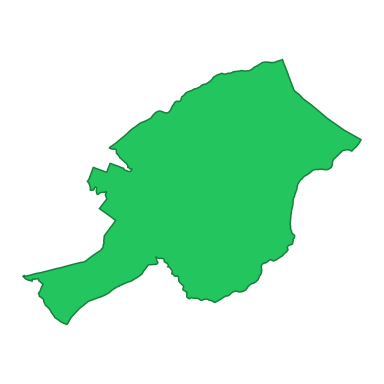 outline of Curtea, Timis, Romania
{"feature_id": "2599482B40469998650222", "entity_name": "Curtea", "entity_type": "district", "adm_level": 2, "iso_a3": "ROU", "parent_name": "Romania", "parent_adm1": "Timis", "projection": "albers", "projection_center": [22.328, 45.846], "detail": "fine", "context": "isolated", "style": "filled", "palette": "green", "viewbox_px": 384, "rotation_deg": 0, "n_neighbors": 0, "source": "geoboundaries", "source_scale": "gbopen_adm2", "svg_char_len": 5958}
<svg xmlns="http://www.w3.org/2000/svg" viewBox="0 0 384 384"><path d="M260.4,275.2L261.3,273.1L261.7,270.1L261.5,268.1L261.2,267.3L261.4,265.9L262.0,264.5L262.5,264.0L264.1,263.1L265.2,263.0L265.2,262.8L266.6,262.4L270.3,259.6L271.1,259.8L273.1,260.9L274.0,260.9L274.6,260.3L276.0,260.1L279.1,257.8L282.3,255.9L284.4,253.6L286.5,251.9L287.7,250.4L288.0,249.6L287.5,248.3L287.4,247.5L287.7,246.5L288.1,245.9L289.4,245.0L291.5,244.6L292.2,244.1L292.7,243.2L293.2,240.7L293.1,240.3L292.8,239.8L293.0,239.4L294.3,238.0L294.7,235.6L294.3,235.0L293.0,234.1L291.6,232.4L291.5,231.0L290.4,228.4L290.7,227.3L290.2,223.5L290.3,222.2L290.6,221.1L290.4,220.8L290.3,220.0L290.6,219.2L290.4,218.6L290.7,218.1L290.9,216.6L290.9,214.6L291.4,213.2L291.3,211.3L291.6,210.8L291.7,209.9L292.4,207.1L292.7,205.6L293.1,202.3L293.1,200.3L293.5,198.2L294.6,196.2L294.7,195.6L294.8,194.2L295.4,193.2L295.9,192.1L296.1,191.0L296.6,190.0L296.9,188.6L297.1,187.1L297.8,184.1L298.3,183.5L299.8,180.9L300.7,179.9L302.2,178.7L303.1,177.4L304.6,176.1L306.0,175.4L309.6,173.1L312.1,170.8L313.0,170.2L314.0,169.8L315.9,169.5L318.5,169.6L319.5,169.1L320.3,169.1L326.2,169.8L329.1,169.0L330.7,167.7L331.3,167.4L332.2,165.4L332.6,161.8L332.8,160.7L333.2,160.0L334.3,158.5L335.4,157.7L341.1,152.2L341.8,151.5L342.4,150.9L343.6,150.3L347.0,149.8L347.9,149.7L349.2,150.0L351.3,151.0L352.0,151.0L353.7,148.9L356.3,146.8L357.0,145.6L358.0,144.8L359.6,142.3L361.0,139.7L344.2,130.2L326.1,117.5L326.1,117.3L312.1,105.5L308.3,102.6L305.4,100.5L303.0,98.6L299.5,94.8L295.5,91.7L294.6,90.8L293.8,89.7L289.4,78.0L288.5,75.9L288.1,74.2L285.0,66.3L284.0,64.1L282.5,59.6L282.2,59.8L277.4,61.2L274.2,62.5L270.4,62.5L268.5,62.2L265.8,62.0L263.0,62.4L261.7,62.9L257.1,65.9L254.6,67.0L251.7,69.4L248.7,70.9L247.7,70.8L244.5,71.1L242.6,70.6L240.9,70.6L239.4,71.1L235.0,71.5L233.6,71.8L230.8,73.0L229.6,73.3L228.0,73.2L226.4,73.9L225.6,74.0L223.9,74.1L222.0,73.3L221.4,73.4L219.6,74.2L217.4,74.9L213.6,77.1L212.9,77.9L212.2,79.2L210.1,81.3L206.0,84.0L203.4,84.5L202.5,84.8L202.0,85.1L199.9,86.9L198.8,87.5L196.5,88.5L193.9,89.1L192.2,90.3L189.4,91.2L187.2,92.2L185.7,93.1L184.1,95.0L183.5,95.7L182.2,96.5L181.6,97.2L181.1,98.9L181.1,99.3L181.0,100.1L179.6,101.4L178.7,101.6L177.6,101.2L176.7,101.2L175.6,101.7L174.9,102.3L174.4,102.8L173.7,104.4L172.4,105.9L170.7,109.8L170.2,110.5L169.0,111.9L168.3,112.4L167.1,112.9L165.8,113.0L161.1,111.3L159.5,111.0L158.2,111.2L155.7,112.5L153.4,114.7L150.9,118.1L146.2,120.7L141.3,122.6L139.4,123.6L137.3,125.3L131.7,129.3L129.9,130.8L126.6,134.1L115.8,143.1L111.5,146.2L110.5,146.7L110.3,147.4L109.5,147.5L109.5,147.9L109.7,148.2L111.3,148.8L112.7,149.2L115.3,149.1L116.1,149.4L116.4,150.6L116.3,151.5L116.5,153.4L117.1,153.7L119.3,156.5L119.7,157.6L120.8,158.5L124.7,162.1L126.6,163.5L127.0,164.4L127.8,165.6L127.9,166.5L127.7,167.0L127.8,167.4L128.4,167.4L129.2,168.1L129.7,168.8L130.8,169.0L131.2,168.7L132.0,169.1L131.2,170.6L130.7,171.1L129.6,171.5L128.4,171.4L124.4,169.9L124.1,169.0L123.4,168.1L121.3,167.6L119.5,166.7L110.3,163.4L110.0,163.5L106.7,172.3L93.3,167.4L88.9,179.4L87.4,181.3L87.4,181.5L89.0,183.2L89.3,184.5L89.7,185.1L90.1,187.0L90.5,187.7L90.5,188.5L90.1,189.5L90.2,189.9L90.4,190.1L91.3,190.4L93.6,189.9L94.1,189.5L94.4,187.7L94.8,187.3L95.2,187.1L95.8,187.2L96.4,187.6L96.5,187.9L96.3,190.9L96.6,192.9L96.8,193.8L97.5,194.4L97.9,194.4L98.5,194.1L99.6,192.9L102.3,192.3L104.2,192.4L105.9,191.7L106.4,191.9L106.3,192.7L105.6,193.8L105.4,194.9L106.8,199.0L99.4,208.6L109.0,215.4L115.7,220.5L104.3,235.8L103.7,242.0L104.3,243.1L103.6,243.8L103.2,244.8L103.2,246.7L102.9,247.7L101.7,248.8L101.1,249.9L100.1,250.8L96.6,253.0L91.7,256.4L85.3,261.3L83.1,262.2L80.9,262.4L71.7,264.7L58.9,268.2L58.1,268.2L40.7,272.7L35.9,273.5L24.7,276.6L24.7,275.8L24.6,275.6L23.9,276.1L23.6,275.8L23.3,275.9L23.0,276.4L23.2,276.7L24.4,277.4L25.0,278.5L25.4,278.8L26.6,279.4L27.3,279.5L28.0,280.1L28.9,280.4L29.6,280.1L30.1,280.3L30.4,280.8L31.2,280.6L31.7,280.0L32.1,280.1L32.2,280.6L32.9,279.1L34.9,279.2L36.3,279.0L37.3,278.6L38.6,279.1L38.5,279.5L38.7,279.9L38.6,280.2L38.8,280.7L40.4,281.8L41.2,282.8L42.3,283.6L42.9,283.8L43.1,284.3L43.1,284.7L42.4,285.3L41.4,287.3L39.8,291.8L39.1,292.1L38.5,293.6L39.2,294.0L39.2,296.1L39.7,296.6L40.7,297.0L41.7,298.0L42.7,298.4L43.5,299.6L43.8,301.7L45.5,305.2L46.8,306.3L48.7,308.2L50.4,310.5L51.6,312.8L54.3,316.4L54.5,317.1L54.8,317.5L58.7,320.1L59.5,320.9L61.5,322.2L62.0,322.3L63.9,323.4L64.8,323.6L66.4,324.4L67.0,324.4L68.3,322.6L71.0,317.6L77.1,311.0L79.1,308.8L88.5,301.3L99.5,297.2L100.0,297.2L104.5,295.3L109.0,292.8L113.0,289.4L117.8,286.6L119.2,285.9L119.6,286.0L119.7,285.5L119.9,285.4L122.2,284.7L123.6,283.9L128.1,282.0L130.7,281.3L136.6,277.8L139.5,275.9L141.8,274.1L142.3,273.5L143.1,271.9L143.9,270.7L145.2,269.2L148.1,265.2L148.6,264.8L156.4,264.3L157.5,263.5L157.8,263.0L157.8,262.5L157.7,262.0L157.0,261.2L156.5,259.0L156.0,257.7L156.1,257.1L157.4,257.9L159.2,258.5L159.9,258.3L162.4,258.5L163.0,258.6L164.1,259.4L164.3,261.7L165.6,262.6L167.0,263.2L167.1,263.6L167.9,264.1L168.2,264.8L168.2,265.7L167.8,266.8L169.2,267.0L169.8,267.6L172.1,270.7L172.2,272.1L171.7,273.7L173.4,274.4L174.0,275.5L175.2,276.2L176.2,276.3L177.0,275.8L177.4,275.8L177.7,276.3L178.4,276.7L178.5,277.0L178.7,280.6L179.1,281.3L179.5,282.1L180.6,283.3L183.6,286.2L183.6,287.0L182.9,288.6L183.0,289.9L183.8,290.5L185.2,291.0L185.7,291.6L186.8,292.2L186.8,297.0L188.4,298.4L189.3,298.7L189.6,298.7L190.9,297.7L191.3,297.7L192.4,298.0L197.8,298.4L198.7,298.7L200.1,299.9L201.3,300.3L202.1,300.3L204.0,299.3L205.0,299.1L207.4,299.2L207.9,299.3L208.3,299.9L211.3,300.6L213.2,301.6L214.2,302.3L215.1,302.4L220.0,299.7L225.3,296.2L227.0,296.0L228.9,295.4L231.1,293.3L233.2,291.8L235.1,291.3L236.1,291.2L237.2,291.3L238.9,292.0L242.1,291.7L242.9,291.4L246.1,289.7L248.1,286.6L250.3,284.5L251.7,283.6L253.9,283.1L256.6,281.2L257.3,280.5L257.9,279.8L259.0,277.7L259.5,275.7L260.4,275.2Z" fill="#22c55e" stroke="#15803d" stroke-width="1.5"/></svg>